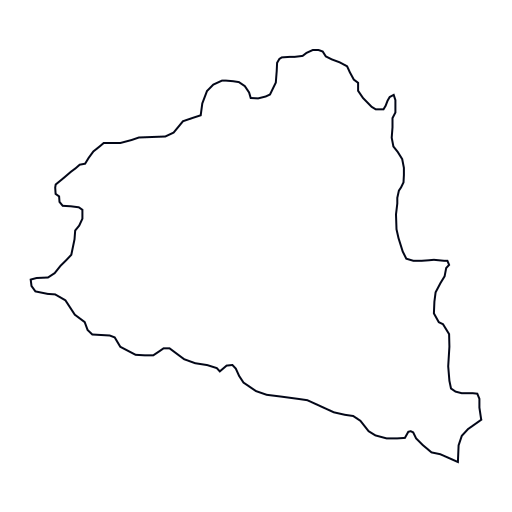 SVG path tracing the border of Prilep
{"feature_id": "MKD-2903", "entity_name": "Prilep", "entity_type": "Statistical Region", "adm_level": 1, "iso_a3": "MKD", "parent_name": "North Macedonia", "parent_adm1": "", "projection": "natural_earth1", "projection_center": [21.673, 41.269], "detail": "fine", "context": "isolated", "style": "outline", "palette": "ink", "viewbox_px": 512, "rotation_deg": 0, "n_neighbors": 0, "source": "natural_earth", "source_scale": "10m", "svg_char_len": 2320}
<svg xmlns="http://www.w3.org/2000/svg" viewBox="0 0 512 512"><path d="M481.3,419.7L468.1,429.0L461.8,435.8L458.6,445.3L457.9,462.0L457.4,461.8L440.2,454.2L431.5,452.4L422.8,445.1L416.1,438.4L413.2,432.4L410.7,431.2L408.3,431.8L404.9,437.9L397.2,438.4L386.6,438.4L375.4,435.4L368.6,431.2L360.4,420.8L353.2,416.0L344.9,414.8L333.8,412.3L324.6,408.1L307.3,400.2L299.0,399.0L281.2,396.6L266.7,394.8L256.0,391.1L243.5,382.6L239.1,375.9L235.8,368.6L232.4,365.0L226.6,365.6L219.8,371.4L216.8,368.1L207.3,365.1L195.1,363.2L184.1,359.2L169.5,348.3L163.6,348.3L159.3,351.3L153.3,355.3L144.3,355.3L135.6,354.8L120.3,346.8L114.7,337.4L109.7,335.5L101.0,335.0L92.3,334.5L87.6,330.0L84.7,322.1L74.8,314.7L65.4,300.3L55.1,294.4L47.7,293.9L35.4,291.4L31.5,286.0L30.7,279.6L31.7,279.3L36.6,278.0L48.0,277.5L54.7,273.1L60.6,265.7L66.2,260.2L71.3,254.8L74.5,239.4L75.2,230.5L79.2,225.6L82.4,218.7L82.4,209.8L78.8,207.3L71.0,206.3L62.7,205.8L59.5,201.9L59.1,196.4L55.6,193.9L55.2,187.5L55.7,184.5L64.7,177.1L68.3,174.0L71.0,171.7L75.7,168.2L79.7,164.7L85.1,163.7L88.7,157.8L93.4,151.4L99.7,146.4L103.7,143.0L110.4,143.0L120.3,143.0L131.6,140.0L138.9,137.5L165.3,136.5L173.6,132.6L183.0,121.2L193.3,117.7L200.7,115.3L202.3,103.4L207.0,91.0L213.3,84.6L222.0,80.6L222.5,80.6L225.9,80.6L233.0,81.2L238.9,82.1L244.8,86.1L249.1,92.5L250.7,98.0L258.1,98.4L265.7,96.5L270.0,94.5L275.8,82.6L276.7,71.2L277.1,62.8L279.4,58.9L281.8,57.4L289.2,56.9L294.4,56.9L302.6,55.9L306.5,52.9L312.8,50.0L318.4,50.0L322.7,51.5L325.8,56.4L331.8,59.4L339.6,62.3L347.1,66.3L349.8,72.2L353.8,79.6L358.1,82.8L358.1,90.8L363.0,98.0L371.6,106.8L375.7,109.3L383.5,109.3L385.6,105.8L387.6,100.6L389.7,97.0L393.7,94.9L395.4,100.1L395.4,112.5L392.5,118.1L392.5,127.4L391.7,137.7L393.4,146.5L397.7,151.9L402.2,159.1L403.9,167.9L403.9,175.1L403.5,182.4L401.0,187.5L398.9,190.6L397.3,197.8L397.3,203.5L396.0,214.4L396.5,229.3L398.5,238.1L402.7,251.5L406.3,258.7L413.4,260.8L421.6,260.8L428.5,260.3L433.9,259.8L444.2,260.8L447.4,260.8L449.1,264.9L446.2,268.0L444.6,276.3L440.5,283.0L435.6,292.3L434.4,301.6L433.9,313.4L438.8,322.2L443.0,324.2L449.1,334.1L449.4,346.7L448.2,366.3L449.4,380.8L451.0,388.5L455.5,391.6L461.7,393.2L468.3,393.2L472.8,393.2L477.3,393.7L479.4,398.8L479.4,407.6L481.1,419.0L481.2,419.3L481.3,419.7Z" fill="none" stroke="#020617" stroke-width="2"/></svg>